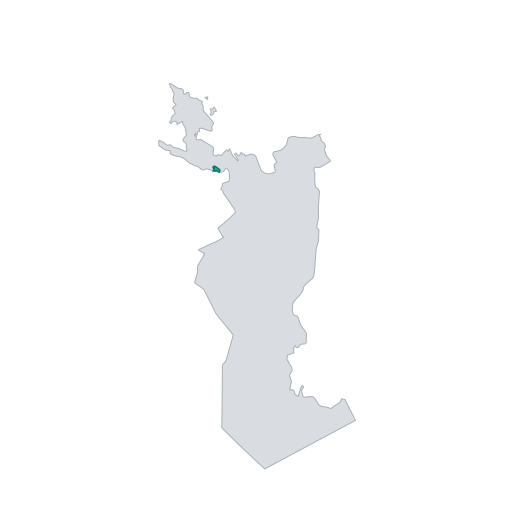 Chinaz, Tashkent, Uzbekistan shown in context, rotated 239°
{"feature_id": "79887680B87312828707789", "entity_name": "Chinaz", "entity_type": "district", "adm_level": 2, "iso_a3": "UZB", "parent_name": "Uzbekistan", "parent_adm1": "Tashkent", "projection": "natural_earth1", "projection_center": [68.814, 40.98], "detail": "fine", "context": "in_parent", "style": "filled", "palette": "teal", "viewbox_px": 512, "rotation_deg": 239, "n_neighbors": 0, "source": "geoboundaries", "source_scale": "gbopen_adm2", "svg_char_len": 4534}
<svg xmlns="http://www.w3.org/2000/svg" viewBox="0 0 512 512"><g transform="rotate(239 256 256)"><path d="M393.5,232.9L400.6,229.6L404.6,231.8L404.9,233.0L400.6,235.4L396.7,236.7L395.5,239.8L391.7,241.1L387.8,245.3L381.7,249.6L381.6,250.5L382.1,251.2L384.1,251.7L388.2,254.1L392.1,252.8L393.0,253.0L394.1,254.4L395.2,258.3L396.9,259.4L402.5,261.4L406.8,261.4L408.9,262.2L409.2,261.9L409.4,256.1L411.2,257.1L413.1,256.3L413.9,253.5L413.4,251.5L414.8,250.5L415.6,251.2L415.7,252.9L417.7,254.1L419.2,256.9L419.7,260.2L423.6,261.1L425.0,260.5L426.1,260.8L426.7,265.0L427.3,265.3L430.6,264.5L433.8,266.2L437.3,269.4L441.2,269.6L442.0,270.1L444.7,269.6L447.9,270.5L448.1,271.0L447.5,271.7L440.0,275.5L437.9,278.2L436.2,279.1L431.7,277.6L431.0,279.2L431.8,280.8L430.7,282.5L428.4,281.9L427.9,281.1L425.6,281.5L423.0,284.3L421.7,286.6L419.3,287.3L415.9,289.6L414.4,287.7L412.0,288.0L408.7,286.1L407.1,285.8L392.5,288.2L391.3,287.8L389.8,284.7L386.1,283.0L386.2,281.5L393.7,275.0L394.6,273.0L392.1,271.9L392.5,270.2L387.6,265.0L386.7,264.7L386.0,264.9L384.3,268.7L371.3,275.4L369.4,274.7L366.5,272.3L364.6,271.4L362.2,273.5L362.3,276.0L359.9,277.9L362.1,284.6L361.9,285.5L360.2,285.7L361.5,288.3L360.4,288.6L354.2,287.6L347.0,289.2L347.2,290.2L353.7,290.0L354.5,290.5L354.7,291.3L354.3,291.9L350.9,292.4L350.6,293.5L352.4,296.5L351.5,297.1L350.3,296.6L349.3,298.5L347.2,298.4L346.0,304.2L344.2,306.2L341.8,307.2L326.4,304.5L322.5,306.3L319.8,308.9L318.1,315.2L318.2,316.0L324.8,318.4L325.8,322.2L333.7,322.5L335.1,323.2L335.7,324.1L336.1,325.2L333.8,331.4L334.7,337.0L335.9,339.5L340.6,344.4L340.4,347.0L339.3,349.4L338.0,351.5L336.6,352.4L334.6,355.0L332.9,358.2L329.5,362.5L328.4,364.9L328.0,371.7L327.1,373.8L327.0,373.0L325.8,372.2L322.3,372.0L321.6,371.1L317.1,372.7L314.3,372.0L311.4,369.2L305.9,368.1L299.0,368.8L298.8,361.7L299.1,356.4L301.5,352.3L301.5,351.5L300.3,350.0L296.1,348.9L291.2,345.6L286.7,343.4L284.1,342.7L281.2,343.9L278.5,343.6L266.5,335.1L256.3,329.0L249.3,322.7L246.0,323.4L237.0,317.5L231.3,311.4L212.3,297.9L208.6,294.6L207.7,292.8L206.4,284.5L204.8,280.7L202.4,278.6L200.4,274.6L197.4,264.8L196.3,263.1L190.7,259.0L187.4,257.9L184.9,258.6L183.6,260.2L181.6,260.4L173.3,258.7L164.0,259.5L156.0,254.5L155.5,253.7L155.6,252.3L157.3,249.0L157.0,247.6L156.0,246.0L156.0,244.3L156.8,243.4L158.3,243.7L158.9,243.1L158.7,242.2L156.9,240.2L153.2,238.3L154.0,237.1L154.3,233.9L154.9,232.2L154.4,231.7L151.7,229.3L142.6,229.2L140.5,228.5L138.8,227.6L137.2,224.1L136.3,223.2L130.1,221.8L123.9,215.8L122.6,218.5L121.3,219.0L116.5,218.3L114.0,220.0L119.7,226.2L121.0,228.0L120.9,229.2L119.1,229.4L117.7,226.4L116.7,225.6L111.1,223.9L109.2,225.8L108.6,228.2L106.0,232.3L103.1,233.0L96.3,233.2L94.3,234.1L92.8,235.2L90.1,238.8L86.7,241.6L87.4,253.0L89.5,255.8L87.1,258.3L63.9,256.6L69.0,153.8L102.4,144.3L126.3,138.2L179.0,170.6L180.3,171.9L180.9,174.6L182.2,176.9L200.0,195.8L227.0,192.0L254.4,194.1L264.7,189.6L272.6,197.9L277.6,200.9L284.2,213.0L290.9,209.8L289.6,224.3L288.8,228.8L288.6,237.5L299.5,237.7L301.7,251.8L304.0,260.7L306.3,261.7L327.0,260.4L328.5,261.1L331.5,260.2L333.3,263.0L335.4,264.9L333.9,271.1L336.5,273.5L342.2,276.4L345.7,276.3L346.3,275.3L346.2,273.8L345.3,272.3L345.4,270.5L346.0,269.2L349.4,264.5L355.0,259.9L356.3,258.3L356.7,255.4L358.7,253.7L363.5,251.9L364.2,250.5L370.1,246.8L376.7,244.5L379.7,242.6L382.6,239.1L386.8,235.4L388.5,235.3L389.6,236.5L390.6,236.6L393.5,232.9ZM392.3,267.5L391.5,265.7L390.5,265.0L390.0,265.3L391.7,267.5L392.3,267.5ZM405.0,296.9L400.6,296.8L401.3,294.1L399.7,292.8L399.4,291.4L399.8,290.1L400.8,289.7L402.1,291.6L405.5,292.5L404.4,294.4L405.2,296.5L405.0,296.9ZM418.1,294.0L417.3,296.5L415.4,295.4L415.7,294.7L418.1,294.0Z" fill="#d9dde1" stroke="#a8b0b8" stroke-width="1"/><path d="M348.4,269.3L348.7,269.2L348.9,269.2L349.0,269.2L349.3,269.1L349.5,269.1L349.9,268.9L350.0,268.8L350.2,268.7L350.3,268.6L350.6,268.5L350.8,268.5L351.1,268.4L351.4,268.3L351.5,268.2L351.8,268.1L352.1,267.9L352.3,267.8L352.6,267.7L352.9,267.6L353.1,267.5L353.2,267.3L353.4,267.1L353.7,267.0L353.9,267.0L354.2,267.0L354.3,266.9L354.3,266.7L354.2,266.5L354.2,266.4L354.3,266.1L354.6,265.7L354.3,265.4L354.1,265.3L354.2,264.8L354.0,264.7L353.6,264.8L353.3,265.1L352.9,265.5L352.6,265.1L352.5,264.6L351.1,264.6L351.4,264.1L351.4,263.7L351.0,263.2L350.9,263.5L350.1,264.4L349.7,265.2L349.7,265.9L349.6,266.1L348.9,266.6L348.3,266.9L348.0,266.9L347.2,267.3L346.7,267.5L346.6,267.3L346.6,267.5L347.7,268.8L348.2,269.1L348.4,269.3Z" fill="#14b8a6" stroke="#0f766e" stroke-width="1.5"/></g></svg>